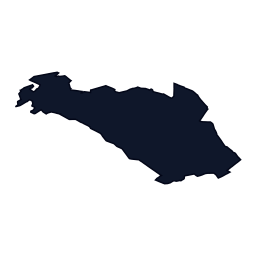 Stabulnieku pag., Riebinu, Latvia
{"feature_id": "27541924B26776219587555", "entity_name": "Stabulnieku pag.", "entity_type": "district", "adm_level": 2, "iso_a3": "LVA", "parent_name": "Latvia", "parent_adm1": "Riebinu", "projection": "equal_earth", "projection_center": [26.726, 56.44], "detail": "fine", "context": "isolated", "style": "filled", "palette": "ink", "viewbox_px": 256, "rotation_deg": 0, "n_neighbors": 0, "source": "geoboundaries", "source_scale": "gbopen_adm2", "svg_char_len": 5264}
<svg xmlns="http://www.w3.org/2000/svg" viewBox="0 0 256 256"><path d="M15.4,106.7L17.3,106.2L19.4,105.7L20.0,105.5L20.7,105.1L21.6,104.6L23.3,103.6L24.6,102.8L26.3,101.8L26.9,101.6L27.2,101.5L27.5,101.4L27.6,101.0L28.7,100.3L29.3,100.0L29.4,99.8L29.7,99.7L30.2,99.9L30.4,99.9L30.8,100.2L31.6,100.7L31.7,100.8L32.1,100.9L32.2,101.0L32.3,101.1L32.5,101.3L32.4,101.5L32.8,103.6L32.8,103.8L32.2,105.1L31.9,105.9L34.6,107.3L34.7,107.5L34.6,108.1L34.5,108.3L33.7,109.4L33.0,110.3L32.8,110.4L30.9,111.2L30.9,111.3L30.8,112.1L34.1,113.7L35.1,113.5L35.6,113.2L38.7,111.2L40.4,110.2L41.1,109.7L41.6,110.1L43.1,111.9L43.3,112.0L46.2,113.9L46.6,113.6L47.6,113.0L51.2,111.9L54.6,112.6L57.0,113.3L57.9,113.5L60.1,114.0L60.3,114.0L60.1,114.3L69.3,119.4L73.7,119.3L75.6,119.3L78.0,120.6L79.2,121.3L79.3,121.4L81.2,122.4L82.0,122.6L83.2,123.2L83.4,123.4L86.0,124.7L87.7,125.5L89.6,126.6L90.7,128.4L95.6,130.8L100.4,133.3L100.6,133.4L101.8,134.9L102.7,136.4L103.2,137.0L105.4,139.8L106.1,140.6L106.3,140.8L109.0,141.8L110.3,142.3L112.0,142.9L113.8,143.5L115.3,144.8L116.5,146.0L116.9,146.3L117.4,146.6L121.3,148.3L122.2,148.8L123.3,150.3L123.8,151.0L125.6,153.4L128.1,156.8L128.5,157.4L129.3,158.4L129.6,158.6L129.9,158.7L131.6,159.0L136.2,159.5L138.5,159.7L138.9,159.8L139.1,159.8L140.3,160.8L141.8,161.7L144.1,163.4L146.3,164.9L147.9,166.1L148.5,166.5L149.2,167.0L152.1,169.0L156.7,172.2L156.8,172.3L158.4,173.4L161.4,175.5L160.4,176.0L159.9,176.3L159.1,177.1L158.7,177.3L158.0,177.8L157.1,178.3L156.9,178.5L156.6,178.8L156.2,179.3L155.9,179.6L155.5,180.0L157.2,180.7L158.8,181.4L160.3,182.0L162.1,182.7L163.2,183.2L163.5,183.3L163.9,183.4L164.1,183.5L164.6,183.7L167.7,183.5L168.6,183.2L169.3,183.0L169.9,182.9L170.6,182.5L171.1,182.2L172.1,181.6L172.3,181.4L172.7,181.2L173.2,181.0L173.8,180.8L174.0,180.8L174.4,180.8L174.7,180.8L175.3,181.0L176.1,181.1L176.3,181.1L176.8,181.1L177.8,180.9L179.6,180.5L180.1,180.6L180.9,180.7L181.0,180.6L181.3,180.5L181.6,180.3L182.0,180.0L183.8,179.0L183.9,178.8L184.0,178.6L184.2,178.3L184.3,178.0L184.3,177.6L184.3,177.1L184.6,176.0L184.7,175.9L184.8,175.8L185.1,175.7L188.6,175.1L194.0,174.0L194.1,173.9L194.3,174.0L194.5,174.1L194.8,174.4L196.2,175.5L197.4,176.2L197.6,176.2L200.2,175.5L202.5,174.7L203.3,174.3L204.1,174.0L205.2,173.6L205.3,173.5L206.2,173.4L207.7,173.2L207.9,173.2L208.9,173.2L211.7,173.1L213.1,173.1L213.5,173.1L213.9,173.2L214.5,173.6L216.1,174.9L218.3,178.0L219.0,177.7L221.3,176.7L223.8,175.4L224.4,175.0L225.0,174.7L225.8,174.2L226.8,173.8L228.6,172.8L229.9,172.1L227.0,170.4L229.3,168.6L230.5,167.6L231.5,166.8L232.0,166.5L233.7,165.1L235.0,164.1L235.7,163.5L237.5,162.2L240.6,159.7L238.3,157.2L237.8,156.9L237.7,156.9L237.7,156.7L235.4,153.4L235.2,153.3L234.8,153.0L234.6,152.9L232.9,152.2L232.3,151.4L232.0,150.9L229.6,149.1L228.3,148.0L228.1,147.9L227.2,147.0L225.0,146.4L224.5,145.6L223.3,143.9L223.0,143.5L221.2,140.7L220.5,139.7L217.8,136.0L216.8,134.8L216.7,133.8L216.1,132.2L215.5,130.9L214.4,129.1L213.5,126.1L213.2,125.0L212.7,123.8L211.8,123.0L210.4,122.0L207.6,122.0L205.1,121.9L204.2,121.9L202.4,121.8L199.8,121.2L199.5,120.9L199.9,120.3L200.6,119.4L201.7,117.8L202.5,116.6L203.0,115.9L203.5,115.1L203.9,114.4L204.0,114.3L204.7,113.3L205.3,112.4L206.2,111.2L206.9,110.2L207.3,109.7L207.6,109.4L207.8,109.1L206.9,108.5L207.3,107.0L205.2,104.9L202.8,102.2L202.7,102.1L201.8,101.0L200.6,99.7L198.8,97.3L198.0,95.9L197.5,95.0L197.3,95.0L197.2,95.0L197.1,94.9L196.4,94.3L194.4,92.5L193.6,91.9L192.9,91.3L192.7,91.2L192.4,91.0L190.5,90.2L190.1,90.1L189.4,89.8L187.4,89.0L185.2,88.2L184.7,88.0L184.6,87.9L184.4,87.7L184.1,87.2L180.2,85.9L179.5,85.6L178.8,85.3L177.9,85.0L177.1,84.5L174.1,83.4L174.1,85.4L174.1,88.1L174.2,88.4L174.1,89.7L174.1,90.6L174.0,93.0L173.9,96.3L171.9,98.1L171.7,98.0L171.3,98.2L168.4,96.8L168.3,96.7L166.8,95.8L166.4,95.6L163.6,94.0L162.2,94.1L158.2,93.0L156.8,92.7L153.1,91.7L152.5,89.9L152.2,89.7L151.7,89.3L151.1,89.1L149.5,90.1L148.4,89.5L145.3,88.5L142.7,88.4L140.9,88.3L137.7,87.1L136.2,87.8L135.3,88.0L134.3,88.3L132.3,88.5L130.7,89.3L130.4,89.1L127.0,90.9L119.4,92.7L118.5,92.6L117.2,92.2L115.8,91.9L115.2,91.6L114.9,91.0L114.2,90.1L114.7,89.5L112.0,88.2L106.1,85.9L105.9,85.7L103.0,86.6L102.9,86.6L90.8,90.1L90.7,90.1L90.5,92.5L83.9,91.7L82.8,92.8L81.3,92.9L82.0,91.5L79.6,91.2L78.8,91.0L78.7,91.0L75.1,90.5L74.2,90.4L72.5,90.2L70.8,90.0L70.4,88.8L70.5,88.7L70.4,88.7L70.2,88.0L68.8,83.1L68.7,83.0L71.0,80.7L70.8,80.6L70.2,80.1L67.2,77.7L66.2,76.8L64.8,75.8L64.7,75.8L62.4,76.2L60.2,76.4L59.3,76.4L58.5,76.1L56.3,76.5L56.2,76.5L55.4,76.1L55.2,76.0L58.6,73.0L57.2,72.3L54.4,72.8L53.6,72.9L50.5,73.5L44.3,74.7L34.1,76.6L33.8,76.8L32.4,77.9L30.9,79.0L29.6,79.9L30.6,80.5L34.4,82.1L38.3,83.9L38.7,84.1L40.1,84.7L40.0,85.4L39.4,86.6L38.8,87.7L38.7,87.9L38.6,88.1L36.8,89.0L36.7,89.0L35.8,90.1L35.0,91.1L33.2,91.8L29.8,89.1L31.5,87.9L32.0,87.9L32.3,87.5L32.3,87.4L32.5,87.3L32.5,87.1L32.7,86.9L32.8,86.9L33.4,86.6L33.5,86.5L33.5,86.4L33.5,86.1L32.5,84.8L31.8,85.1L24.7,87.6L24.8,87.7L24.4,87.8L21.9,89.5L21.7,89.5L20.5,90.4L20.4,90.4L20.7,91.1L20.9,91.4L20.8,91.5L19.6,93.0L19.4,93.2L18.9,93.8L18.9,94.0L19.1,94.4L20.1,97.1L20.9,99.5L21.0,99.6L20.8,99.7L18.6,101.0L17.7,101.5L17.6,102.3L18.0,104.8L15.7,106.5L15.4,106.7Z" fill="#0f172a" stroke="#020617" stroke-width="1.5"/></svg>